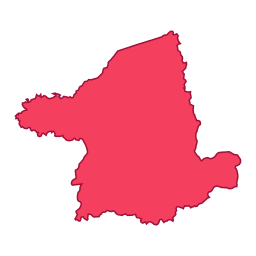 Montes Altos, Maranhão, Brazil
{"feature_id": "56859067B69615638482007", "entity_name": "Montes Altos", "entity_type": "district", "adm_level": 2, "iso_a3": "BRA", "parent_name": "Brazil", "parent_adm1": "Maranhão", "projection": "natural_earth1", "projection_center": [-47.061, -5.84], "detail": "fine", "context": "isolated", "style": "filled", "palette": "rose", "viewbox_px": 256, "rotation_deg": 0, "n_neighbors": 0, "source": "geoboundaries", "source_scale": "gbopen_adm2", "svg_char_len": 5441}
<svg xmlns="http://www.w3.org/2000/svg" viewBox="0 0 256 256"><path d="M172.7,31.4L170.9,31.3L169.8,31.9L166.7,35.0L164.9,35.0L162.8,35.9L161.7,37.0L160.0,37.4L158.4,38.0L136.5,44.8L117.8,51.0L115.4,54.1L114.4,55.6L112.8,57.4L110.8,59.9L109.2,61.3L108.3,62.2L108.0,65.1L107.0,67.6L104.0,68.2L103.1,69.8L102.7,72.6L101.7,74.0L100.0,75.5L98.2,77.5L95.1,78.8L93.7,79.0L91.5,79.8L88.7,79.6L87.4,81.1L84.7,81.6L83.4,83.4L82.6,84.9L81.7,86.2L80.3,86.3L79.3,87.6L78.5,90.0L76.1,91.1L76.1,93.1L74.1,94.6L73.3,97.2L71.9,97.9L70.1,96.8L68.0,97.7L66.7,96.9L63.7,96.4L62.5,97.7L61.2,98.7L60.1,97.9L59.0,96.8L60.3,95.2L59.3,94.4L56.9,93.9L55.0,93.1L52.9,93.6L55.7,94.9L55.7,96.4L54.4,96.6L52.7,97.9L49.0,98.7L47.2,97.7L45.7,96.2L43.8,95.6L42.8,96.7L41.3,97.4L40.7,94.4L39.4,96.2L38.2,95.9L36.6,94.6L36.1,96.5L35.4,98.5L31.2,99.8L30.8,101.2L29.7,101.8L28.3,101.7L27.0,102.5L25.5,101.9L24.2,102.9L22.5,103.0L22.3,104.6L23.2,106.3L24.3,107.9L26.1,108.7L26.8,110.0L25.4,110.2L24.2,110.7L22.1,111.8L21.2,113.3L19.9,113.2L18.4,113.3L18.3,114.8L17.3,114.2L15.4,116.2L16.4,117.1L15.8,118.6L17.1,118.5L18.4,118.5L18.4,120.4L19.9,121.1L19.4,122.5L19.2,124.1L20.3,125.8L21.2,127.3L22.7,126.8L23.6,127.7L24.8,128.4L26.8,128.7L28.4,127.6L30.0,127.6L30.7,129.9L31.9,130.9L33.4,130.1L35.7,130.8L36.8,132.5L38.2,132.6L37.5,134.0L37.9,135.9L39.7,136.6L41.2,135.9L41.8,134.0L43.3,133.2L44.7,134.2L46.2,135.3L46.9,133.2L48.3,131.9L49.7,131.5L51.1,131.2L51.8,132.6L52.6,131.5L53.7,131.2L54.5,132.8L55.2,134.0L54.7,135.8L56.0,136.4L57.8,136.3L59.8,136.4L61.5,136.0L62.8,135.5L63.0,137.0L64.9,138.3L65.8,139.7L67.3,140.4L69.4,140.7L71.0,140.4L72.7,139.9L73.8,138.5L75.0,138.3L75.5,139.6L76.7,139.8L78.1,140.4L79.3,140.0L80.1,138.3L81.9,138.9L82.8,139.7L86.0,145.8L86.4,147.0L87.4,150.7L87.5,152.9L86.2,154.8L84.5,156.6L83.3,159.3L81.5,161.6L80.1,163.1L79.2,164.1L78.8,166.7L78.5,168.0L77.2,169.3L75.5,170.2L75.4,171.6L75.9,175.4L76.2,177.5L75.4,178.9L73.6,179.5L72.0,181.1L71.4,183.7L72.3,185.1L76.8,184.6L81.8,184.0L80.6,185.8L80.0,187.5L80.0,189.2L79.5,191.1L78.2,192.3L77.5,194.9L77.4,197.3L77.6,199.7L78.4,201.0L80.2,201.8L81.3,203.3L81.1,205.1L80.4,206.9L79.7,208.2L78.7,209.2L77.3,210.2L76.0,211.5L76.4,213.0L77.5,214.3L76.7,215.8L75.9,217.6L75.0,218.9L75.7,219.9L77.2,219.6L78.7,221.0L80.1,220.9L80.8,219.1L80.9,217.6L81.9,217.0L83.3,216.8L84.2,218.4L85.4,219.3L87.1,220.2L87.9,219.1L87.7,217.6L87.9,216.3L88.1,214.3L89.6,214.3L91.3,214.6L92.4,215.9L93.8,217.0L96.1,216.8L97.7,216.8L99.1,216.6L99.8,215.1L101.4,214.0L102.5,212.2L104.4,212.2L105.8,211.8L106.8,210.4L108.2,210.7L109.6,211.4L111.7,211.5L113.5,210.8L114.9,211.8L115.9,213.3L117.1,214.3L118.5,214.8L120.3,215.0L122.0,215.4L123.4,214.6L124.6,214.2L126.2,214.3L127.4,215.4L128.6,215.3L130.2,215.3L132.5,215.1L134.2,214.6L135.6,214.4L136.1,216.4L136.8,217.6L137.9,217.8L139.2,217.8L140.4,218.6L141.5,218.9L140.6,220.5L141.2,222.4L142.9,223.1L144.1,222.5L145.3,221.9L146.5,224.0L147.5,223.1L148.6,221.8L150.2,221.8L151.3,222.2L152.8,223.2L153.9,224.2L155.3,224.7L157.3,224.6L158.3,223.5L159.0,222.1L159.4,220.2L160.7,219.4L161.8,219.4L162.6,220.8L164.0,222.5L165.2,221.3L167.1,221.0L168.1,220.0L169.8,219.7L171.4,220.1L172.9,221.2L173.4,219.5L172.6,218.3L173.5,216.8L174.5,216.0L175.8,214.5L175.4,212.8L175.9,211.5L176.6,210.4L176.0,208.7L176.5,207.4L177.8,206.6L179.0,206.8L180.2,207.5L182.0,207.8L183.3,208.7L184.0,207.1L184.5,205.9L185.9,206.2L187.6,206.1L188.7,205.8L189.8,206.5L190.7,207.8L192.1,207.0L193.4,206.8L194.5,205.8L195.5,206.5L197.1,206.2L198.1,204.9L199.1,203.9L200.8,203.5L202.4,202.8L203.9,201.4L205.1,200.2L206.2,199.4L207.5,198.1L209.4,197.4L207.9,195.6L207.8,193.5L209.0,191.8L210.5,191.8L211.7,190.7L212.7,189.2L213.5,187.7L215.0,186.5L216.8,186.0L219.0,186.6L221.7,187.5L223.8,187.6L225.4,187.7L227.0,187.7L228.4,188.5L230.7,188.7L232.5,188.2L233.7,187.2L234.9,186.7L236.8,186.6L237.0,184.8L236.7,182.5L237.2,180.0L237.6,178.6L237.8,176.9L237.7,174.6L237.1,171.5L236.6,169.6L235.2,167.7L235.7,166.1L237.7,165.3L239.3,164.4L240.4,162.7L240.6,161.0L240.4,159.3L239.5,158.0L238.6,156.8L237.5,155.0L233.9,154.5L232.1,153.4L230.7,152.6L229.7,151.9L228.2,151.8L226.9,151.9L225.5,152.1L224.1,152.1L222.2,152.2L218.8,152.6L217.7,153.2L216.4,154.5L215.6,155.8L214.3,157.1L212.5,158.2L211.2,158.6L209.6,158.5L207.7,157.6L204.1,158.5L201.5,160.8L200.3,159.6L199.5,157.9L198.8,156.8L197.4,155.8L196.5,154.7L195.3,152.9L194.4,150.9L195.6,148.6L196.0,146.4L196.2,145.0L196.7,143.7L196.9,142.2L197.1,140.8L196.4,139.5L195.9,137.9L195.8,136.0L196.0,133.0L197.0,131.5L197.2,129.9L197.8,128.2L198.4,126.0L200.2,124.6L200.5,123.0L199.7,121.1L198.2,120.5L196.6,120.6L196.1,119.0L195.2,117.1L194.8,115.1L193.8,114.1L193.4,112.1L193.1,109.5L193.3,107.9L193.5,105.8L191.1,104.8L189.9,103.9L189.8,101.9L189.1,100.1L191.0,98.0L190.9,96.0L190.4,94.2L190.5,91.7L188.8,92.1L187.5,91.9L186.0,91.6L184.8,91.2L184.7,89.5L183.8,88.1L185.0,88.1L184.7,86.2L184.2,84.5L185.1,82.8L186.1,81.5L185.4,80.0L183.6,78.7L183.9,76.5L184.2,74.2L183.4,73.4L182.4,71.4L183.4,70.6L184.4,69.4L185.6,68.3L186.0,66.1L186.6,64.5L186.4,62.4L184.9,62.9L183.6,63.1L182.4,61.4L182.1,60.0L182.6,58.6L182.2,56.5L180.8,55.0L180.5,52.9L179.8,51.6L178.3,50.7L177.7,49.3L177.6,47.4L177.1,45.4L178.4,44.2L180.4,43.6L179.3,42.4L178.3,40.7L177.4,37.8L178.2,36.1L177.6,34.8L176.6,33.8L174.7,34.8L173.1,34.5L173.4,33.0L172.7,31.4ZM28.3,101.7L28.4,99.7L27.4,98.9L26.2,99.4L27.1,100.4L28.3,101.7Z" fill="#f43f5e" stroke="#9f1239" stroke-width="1.5"/></svg>